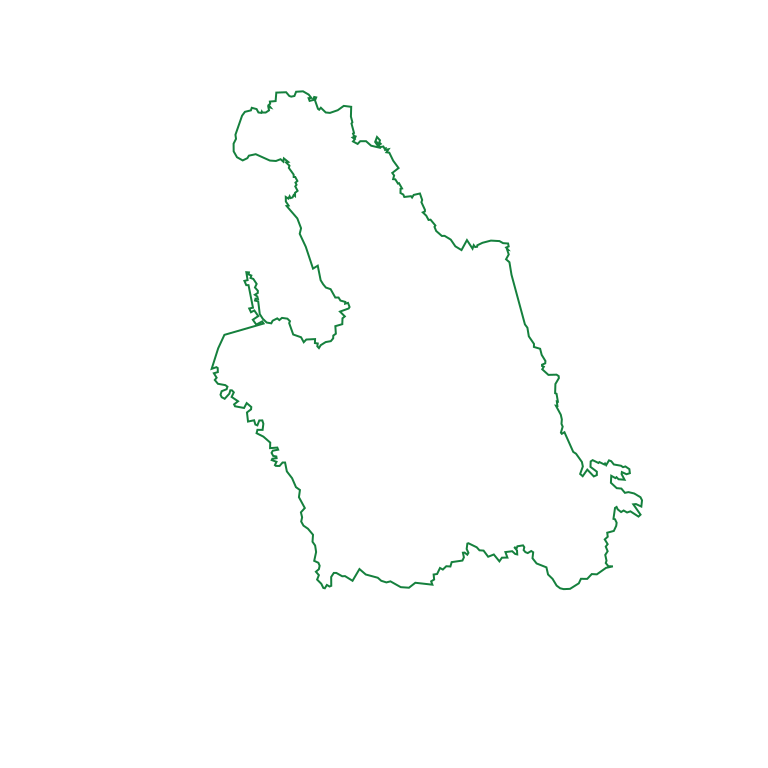 Demak, Jawa Tengah, Indonesia (Equal Earth projection), rotated 135°
{"feature_id": "22746128B71519500232359", "entity_name": "Demak", "entity_type": "district", "adm_level": 2, "iso_a3": "IDN", "parent_name": "Indonesia", "parent_adm1": "Jawa Tengah", "projection": "equal_earth", "projection_center": [110.607, -6.923], "detail": "fine", "context": "isolated", "style": "outline", "palette": "green", "viewbox_px": 768, "rotation_deg": 135, "n_neighbors": 0, "source": "geoboundaries", "source_scale": "gbopen_adm2", "svg_char_len": 6162}
<svg xmlns="http://www.w3.org/2000/svg" viewBox="0 0 768 768"><g transform="rotate(135 384 384)"><path d="M491.7,207.9L490.2,211.1L486.8,210.3L483.6,214.2L480.8,212.1L474.5,214.3L473.6,211.2L468.8,211.1L466.1,208.0L462.1,210.2L453.4,203.7L450.1,204.9L447.5,208.9L446.2,207.8L445.8,204.4L443.7,204.9L442.2,208.9L437.9,212.2L436.9,211.7L433.9,203.0L434.1,198.9L431.4,195.8L432.5,188.2L426.9,185.8L427.8,177.0L423.4,177.8L419.5,174.0L417.0,179.3L411.6,175.1L411.4,171.0L410.3,169.3L407.7,172.2L407.3,176.6L406.3,174.1L404.4,174.9L399.8,171.6L400.2,169.4L402.7,167.8L402.9,165.1L401.9,162.8L398.0,161.8L397.5,159.5L402.2,155.8L403.0,149.2L398.8,139.5L402.7,133.3L402.6,127.0L404.5,119.4L403.9,115.0L402.0,111.9L397.3,107.6L387.2,105.3L382.5,107.0L378.1,102.5L371.5,102.7L368.1,98.9L357.0,97.0L351.1,93.2L354.2,96.5L353.8,100.6L351.6,101.7L348.4,106.7L344.1,107.6L342.2,112.2L339.1,112.6L337.8,118.0L333.8,117.8L331.3,121.0L325.4,117.6L320.1,119.5L317.6,121.4L316.3,125.0L317.1,126.4L308.3,133.0L306.5,132.6L307.4,130.1L306.9,125.8L304.0,125.1L303.0,121.3L299.8,119.7L297.8,110.3L295.0,110.2L292.8,122.6L290.7,120.9L288.7,115.4L283.8,119.3L282.7,122.6L284.5,129.7L287.6,134.7L290.6,136.7L290.1,142.2L293.1,145.8L293.4,153.7L288.2,158.4L286.9,153.8L285.5,153.7L285.5,150.8L281.6,146.2L279.7,152.3L278.1,153.5L276.3,148.7L273.2,147.1L270.7,150.3L271.6,155.0L273.8,156.2L274.2,158.6L278.4,164.6L277.9,168.7L278.9,170.9L284.3,169.5L283.9,171.5L285.1,171.3L286.9,176.5L288.2,176.5L290.3,182.6L292.6,183.1L296.6,179.4L295.5,171.5L297.9,169.1L301.0,170.3L300.8,179.7L308.7,178.3L308.9,181.7L301.7,185.1L299.2,188.9L297.5,198.9L298.2,202.2L290.5,222.3L293.5,223.1L293.3,224.5L287.8,227.5L286.7,230.3L283.3,233.2L280.7,237.3L277.8,247.1L276.9,245.9L274.1,249.5L273.5,248.6L268.9,255.1L269.5,256.5L262.8,262.8L256.2,264.5L254.9,266.1L255.4,268.6L261.3,274.2L261.7,282.5L258.8,283.2L259.5,285.0L258.6,285.9L255.4,284.6L253.6,286.1L251.9,293.1L248.7,298.5L251.8,304.2L249.6,306.3L247.9,315.3L242.8,322.4L242.2,326.5L216.6,371.1L209.2,381.4L209.5,385.9L204.2,387.4L201.9,392.0L201.3,391.1L201.1,394.1L198.6,393.1L196.9,395.6L200.2,399.4L201.3,403.4L207.0,409.8L214.5,414.2L219.9,416.1L221.1,415.2L222.7,416.4L222.4,418.7L225.7,417.1L223.6,427.1L234.5,423.9L236.2,430.9L234.7,438.9L236.4,445.9L238.4,447.8L238.9,455.3L237.2,459.4L235.6,459.7L234.9,467.3L236.5,468.5L235.1,473.1L235.2,477.9L233.1,477.1L231.9,478.2L229.0,486.1L226.9,487.1L223.9,493.3L229.3,496.7L232.3,496.0L232.1,497.7L237.4,501.9L236.4,504.3L237.3,507.4L234.3,510.3L233.0,509.5L231.4,515.4L232.4,515.8L231.3,520.7L232.7,522.4L229.4,524.3L228.9,527.4L221.0,526.4L219.6,535.4L216.7,543.8L218.4,546.1L214.8,546.8L217.5,548.6L216.2,549.5L217.2,550.1L216.5,552.4L218.9,554.0L219.5,557.5L218.2,559.0L218.4,556.7L216.5,556.2L216.5,558.2L214.5,559.2L214.3,563.6L219.1,561.4L220.3,554.7L224.6,561.6L225.0,568.4L229.1,572.5L232.9,572.4L234.4,577.4L231.5,577.7L231.9,580.5L230.5,580.0L230.8,578.4L229.0,579.1L229.8,580.8L228.8,583.0L227.7,582.7L222.8,591.2L221.3,591.4L218.3,596.5L211.2,603.2L215.8,609.1L223.1,610.3L230.5,613.9L233.2,617.2L233.3,624.0L235.9,623.8L236.1,625.3L232.2,633.4L229.3,634.6L230.4,636.3L233.3,634.9L236.4,636.8L235.2,639.4L233.1,637.7L232.6,641.9L234.3,648.2L239.5,652.8L243.7,651.0L246.4,652.8L247.3,654.6L246.9,659.5L254.1,666.2L260.6,660.7L265.0,664.4L266.3,662.7L268.3,662.8L268.7,659.6L269.8,661.8L271.8,658.8L275.7,659.6L278.1,662.0L277.8,663.0L279.0,662.4L280.8,664.8L279.7,668.5L282.2,672.8L284.6,671.6L289.9,674.8L294.6,674.1L312.8,665.3L315.3,662.0L320.4,660.3L325.8,654.8L327.6,648.3L325.8,642.0L320.9,640.3L318.1,641.0L312.2,637.2L306.7,622.7L302.7,618.1L298.2,616.1L298.0,612.5L295.3,614.3L294.7,608.7L296.6,609.9L296.5,605.2L298.5,604.1L299.8,596.0L301.5,594.2L300.4,593.1L301.7,588.8L304.2,589.0L305.0,586.7L307.0,586.5L308.5,581.7L311.7,582.1L314.0,579.8L314.2,581.5L316.8,580.6L318.7,581.6L318.0,583.5L320.5,582.7L321.2,585.7L324.4,582.4L325.3,577.6L327.0,578.7L328.2,562.4L332.5,552.8L337.4,549.8L342.3,536.3L352.6,515.8L347.2,514.5L355.4,502.2L356.5,497.6L356.9,493.3L354.7,488.8L357.3,479.6L355.0,477.3L355.8,473.8L353.3,469.4L354.7,468.3L352.1,466.8L353.9,462.8L355.6,462.4L363.9,466.3L363.9,459.5L366.9,459.8L371.2,455.8L377.5,459.3L382.5,453.6L385.6,454.1L387.7,452.2L391.3,451.9L395.6,454.9L401.3,456.2L404.6,455.4L404.5,457.8L402.2,459.5L403.9,461.8L401.0,464.5L407.5,470.4L411.2,470.3L409.6,475.7L413.2,483.2L408.0,494.1L406.1,494.9L406.1,498.5L409.4,502.9L412.8,503.2L413.1,505.9L418.0,507.5L420.8,506.6L423.5,510.4L423.6,515.8L422.4,521.3L414.5,531.4L416.2,534.2L414.5,535.2L413.0,533.3L411.7,535.5L412.2,538.4L408.9,537.6L407.3,539.1L407.0,543.5L403.3,544.8L402.1,550.7L403.4,553.4L401.1,554.5L402.3,557.3L400.6,558.4L402.3,560.4L407.0,553.9L409.8,555.6L411.5,551.3L409.9,549.7L422.7,530.6L425.9,532.7L427.3,528.8L423.7,527.7L424.9,520.9L431.3,522.2L432.3,516.3L425.9,514.4L426.4,511.9L462.1,531.6L476.0,526.5L495.1,516.6L490.6,514.4L490.3,512.9L493.1,509.9L496.7,511.9L497.9,506.8L500.8,506.5L501.3,501.6L497.0,495.4L496.6,492.8L499.0,491.6L503.9,493.7L507.2,492.0L508.1,489.4L507.1,486.2L500.2,486.5L497.1,488.2L496.0,487.0L496.1,484.3L500.9,482.6L499.4,475.0L504.4,475.6L505.1,473.6L499.9,466.0L494.6,467.6L494.1,461.6L495.9,460.1L501.0,460.8L506.7,453.6L501.5,450.2L503.6,446.3L502.8,444.3L498.0,446.4L495.8,444.3L497.4,441.2L502.3,437.4L505.9,441.1L508.9,439.3L506.5,432.1L505.9,423.0L509.9,419.2L504.4,414.5L505.3,412.4L509.8,415.5L512.2,414.8L513.2,411.5L511.4,408.9L512.4,407.5L515.8,410.1L517.2,409.6L515.0,405.0L518.5,403.8L518.4,402.6L515.8,399.9L511.3,400.2L509.5,398.4L514.5,390.9L515.6,382.4L519.2,373.3L518.4,368.5L524.2,364.1L527.7,352.3L533.5,352.0L536.2,347.6L539.8,345.3L541.1,340.8L540.1,335.4L540.8,327.6L546.1,323.0L546.9,318.5L550.8,313.2L558.4,308.3L556.8,304.0L558.0,301.0L561.0,299.1L564.9,299.4L565.2,294.9L569.6,293.0L569.6,287.1L571.1,282.7L570.3,281.4L566.5,282.3L565.7,279.3L564.0,278.6L557.8,284.9L553.1,285.9L551.3,284.1L549.5,277.6L547.4,275.7L545.4,267.1L532.2,270.5L531.6,262.2L525.4,251.4L525.1,246.8L522.6,242.0L519.0,239.9L515.8,228.5L510.4,222.3L502.4,221.3L491.7,207.9Z" fill="none" stroke="#15803d" stroke-width="2"/></g></svg>